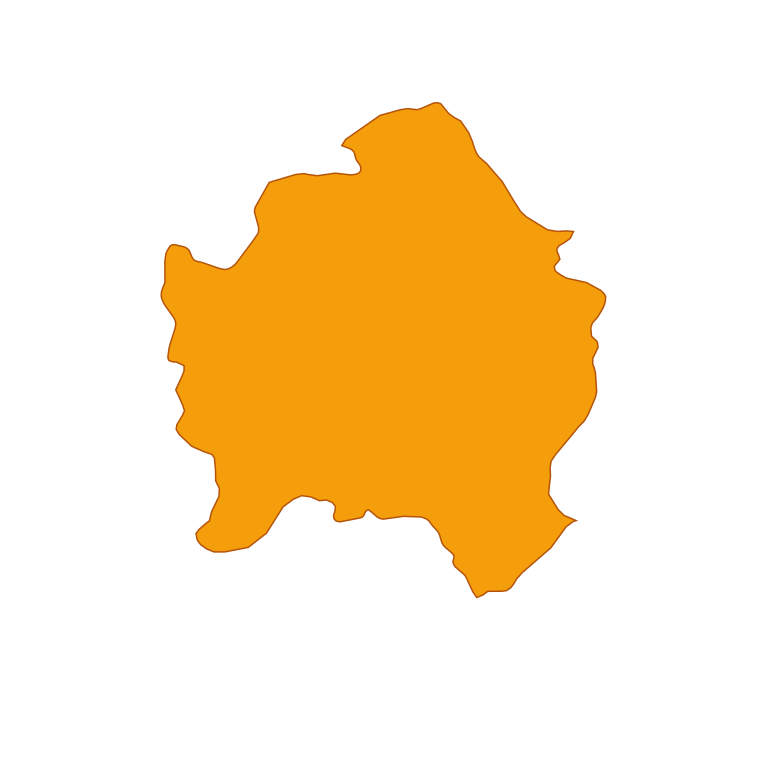 an SVG outline of Trujillo, rotated 233°
{"feature_id": "VEN-29", "entity_name": "Trujillo", "entity_type": "State", "adm_level": 1, "iso_a3": "VEN", "parent_name": "Venezuela", "parent_adm1": "", "projection": "mercator", "projection_center": [-70.512, 9.496], "detail": "fine", "context": "isolated", "style": "filled", "palette": "amber", "viewbox_px": 768, "rotation_deg": 233, "n_neighbors": 0, "source": "natural_earth", "source_scale": "10m", "svg_char_len": 3099}
<svg xmlns="http://www.w3.org/2000/svg" viewBox="0 0 768 768"><g transform="rotate(233 384 384)"><path d="M159.3,455.2L160.3,452.3L160.4,443.7L152.8,418.8L150.2,381.2L148.6,372.8L146.2,367.0L145.0,362.5L145.3,357.4L147.3,353.8L156.0,342.1L155.9,336.5L157.6,329.6L158.2,329.6L164.7,329.9L180.0,333.2L182.5,333.4L184.7,333.1L195.3,330.8L198.5,331.2L200.8,332.3L203.5,335.6L205.2,336.7L207.6,336.6L216.8,334.6L219.7,334.4L222.3,334.7L226.9,336.3L229.1,337.2L231.5,337.9L234.1,338.2L242.0,337.4L244.9,337.4L247.6,337.6L251.2,336.4L255.3,333.8L266.6,319.9L276.6,302.0L278.6,300.2L281.5,298.6L290.4,296.7L293.1,295.8L293.4,293.5L292.8,291.5L291.7,289.8L291.0,288.2L290.8,287.0L291.1,285.0L300.1,266.5L301.6,264.7L303.6,263.2L306.7,263.1L309.3,264.5L311.8,268.0L313.9,270.2L315.6,271.6L320.6,271.4L326.0,268.2L329.7,262.2L337.8,257.7L344.4,251.0L346.6,242.1L346.6,229.4L335.6,200.4L335.2,177.3L345.6,156.0L352.3,147.1L358.9,143.2L366.0,140.9L371.5,140.9L377.6,143.7L379.2,148.8L379.8,157.7L379.8,162.2L385.8,169.5L393.5,184.5L399.6,189.6L407.9,191.3L417.2,198.0L427.1,204.1L431.5,204.1L438.1,199.6L445.8,195.2L450.2,192.9L466.8,190.1L472.8,190.7L476.1,194.0L480.5,204.7L482.7,208.6L489.3,210.8L504.7,214.2L511.3,226.5L514.6,232.0L519.0,235.4L526.5,231.4L528.0,229.5L529.8,227.9L532.2,226.4L534.2,226.8L535.9,227.9L541.1,233.0L542.2,234.3L543.5,235.7L554.4,251.0L557.5,254.0L560.3,255.4L563.4,256.0L579.7,256.5L583.8,257.3L587.0,258.3L588.9,259.5L590.6,260.9L592.1,262.5L594.5,266.1L596.8,270.1L613.7,282.7L619.1,288.0L620.5,290.3L621.7,292.9L623.0,296.7L622.4,299.0L621.1,300.8L614.2,306.6L612.2,307.8L610.1,308.5L607.6,308.7L600.4,306.9L598.0,306.8L595.6,307.7L593.1,309.6L591.2,311.4L576.0,321.6L573.7,323.4L570.7,326.5L569.5,329.5L569.0,332.6L569.0,335.5L569.3,338.2L576.8,364.2L580.3,374.7L584.4,378.1L598.9,383.9L601.2,385.7L602.8,387.8L614.1,413.7L604.5,439.5L600.1,446.9L598.0,448.5L590.5,456.0L581.7,472.0L570.6,483.7L568.5,487.7L567.6,491.1L568.3,493.4L569.6,495.0L571.7,496.1L574.0,496.6L579.1,496.7L581.4,497.3L585.6,499.1L587.8,499.6L590.1,499.3L592.3,498.5L599.8,493.7L602.4,500.6L600.9,542.5L593.3,561.9L589.7,568.6L583.0,575.7L581.6,579.8L578.5,592.8L576.3,596.2L573.7,598.0L562.1,598.4L559.5,598.9L554.5,600.5L547.8,603.5L533.9,602.9L524.4,600.5L516.8,597.8L512.2,596.8L508.4,596.5L498.3,598.6L474.3,600.2L452.4,597.9L439.5,596.9L432.0,598.2L408.8,607.3L401.5,614.3L396.3,622.0L391.7,627.1L388.2,620.4L388.4,613.2L389.1,607.6L388.5,604.6L387.1,602.6L384.6,601.7L382.4,601.2L377.7,599.5L375.7,591.2L374.0,590.0L371.5,588.9L369.1,589.3L364.4,590.9L360.1,592.8L358.2,593.9L343.1,606.8L328.4,613.4L323.9,614.1L320.5,613.7L317.2,610.8L314.8,608.0L312.3,603.5L308.8,594.7L307.3,587.1L304.4,583.0L297.3,578.5L290.3,579.7L288.6,579.4L284.4,577.0L278.8,566.1L274.2,562.6L271.6,562.0L269.3,561.2L265.2,559.3L249.9,549.2L246.0,544.6L236.7,528.5L233.9,521.4L232.8,513.9L230.6,505.0L224.6,479.3L221.8,471.0L217.4,466.5L210.2,461.5L201.4,453.1L197.0,449.2L192.6,448.7L185.5,448.1L178.9,447.5L170.6,448.7L164.0,452.6L159.3,455.2L159.3,455.2Z" fill="#f59e0b" stroke="#b45309" stroke-width="1.5"/></g></svg>